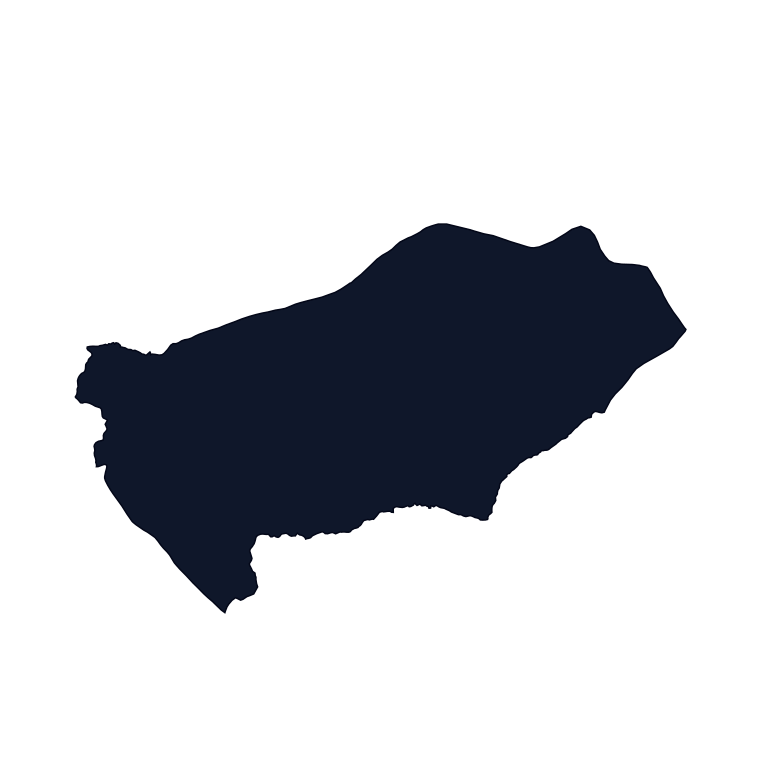 the district of Kampong Trabaek, Prey Vêng, Cambodia, rotated 63°
{"feature_id": "14789045B10100754303768", "entity_name": "Kampong Trabaek", "entity_type": "district", "adm_level": 2, "iso_a3": "KHM", "parent_name": "Cambodia", "parent_adm1": "Prey Vêng", "projection": "natural_earth1", "projection_center": [105.549, 11.105], "detail": "fine", "context": "isolated", "style": "filled", "palette": "ink", "viewbox_px": 768, "rotation_deg": 63, "n_neighbors": 0, "source": "geoboundaries", "source_scale": "gbopen_adm2", "svg_char_len": 6155}
<svg xmlns="http://www.w3.org/2000/svg" viewBox="0 0 768 768"><g transform="rotate(63 384 384)"><path d="M270.0,255.5L268.6,258.2L266.1,263.2L265.4,266.5L264.8,270.0L264.1,275.5L264.3,279.1L265.0,282.4L265.2,286.2L265.2,292.8L264.8,296.1L264.8,305.3L266.0,310.3L267.6,315.4L268.3,320.4L268.6,327.0L269.7,333.6L272.3,341.9L276.1,354.8L277.5,361.8L279.0,367.2L278.7,368.6L279.1,371.1L280.0,379.3L280.2,386.0L279.3,392.9L278.5,399.6L276.9,406.8L275.3,413.7L273.7,421.1L272.7,426.7L271.8,437.8L270.5,442.4L268.9,447.3L267.2,454.7L265.6,460.1L264.0,466.7L262.7,473.2L261.5,481.1L260.7,489.5L259.7,497.5L259.0,506.4L257.3,514.7L255.8,526.0L255.6,530.2L255.7,534.7L255.2,538.1L254.1,541.6L253.7,544.8L254.0,548.2L253.7,551.0L252.3,553.6L252.6,556.4L255.1,561.2L256.9,566.0L257.2,568.5L256.2,571.2L253.7,574.5L252.1,577.0L252.1,578.6L250.4,578.0L249.2,578.0L250.5,583.0L248.5,584.5L247.4,586.1L245.7,586.9L243.7,588.3L240.9,590.6L240.2,592.7L238.4,593.9L236.9,596.5L234.2,598.3L232.9,600.0L232.0,600.9L231.6,602.1L229.9,601.4L227.0,602.5L225.6,604.1L226.2,605.9L224.5,606.1L224.1,607.6L224.4,609.1L223.2,611.0L223.8,612.9L222.3,614.1L221.7,617.3L220.9,619.6L220.8,621.3L220.0,623.0L218.2,626.2L217.0,629.0L216.3,631.6L217.6,632.5L219.3,632.4L221.0,631.5L223.0,630.6L224.3,630.5L225.7,631.0L226.5,631.8L227.7,635.5L228.4,636.5L229.8,637.7L230.4,639.6L231.4,641.0L234.8,643.0L236.4,644.3L237.4,646.1L237.3,648.4L237.7,649.8L238.3,651.2L238.9,652.3L240.1,653.9L242.0,655.6L247.7,657.9L248.7,659.2L249.7,660.0L251.3,660.6L253.8,662.4L255.4,664.9L256.8,664.7L258.2,664.0L260.1,663.5L262.9,662.9L264.0,661.4L264.4,659.1L265.6,657.1L267.5,655.0L269.8,653.2L272.7,651.3L276.3,647.7L277.9,647.2L280.5,647.9L283.0,649.0L285.1,649.7L286.8,649.5L289.0,647.8L290.8,646.8L291.9,648.6L293.3,650.7L295.8,650.8L298.5,651.1L299.7,652.9L300.9,655.9L302.4,657.4L304.9,658.5L306.4,659.7L306.2,661.4L305.4,664.4L305.5,667.2L306.6,669.4L307.9,670.6L309.9,671.1L311.9,671.8L314.0,673.5L316.3,674.4L319.3,674.8L321.4,675.4L323.0,676.4L324.7,676.6L326.3,677.2L327.1,677.8L327.8,676.3L328.1,674.0L328.2,672.7L328.6,669.7L330.0,668.0L331.8,668.4L333.6,669.8L336.1,672.1L339.7,674.9L341.0,675.6L343.7,676.1L348.8,676.1L353.7,675.8L358.9,675.2L368.4,673.7L373.6,672.9L383.4,672.0L392.0,670.8L393.5,670.3L396.7,668.9L405.2,664.3L408.6,662.0L412.9,659.7L416.8,657.7L421.3,656.7L425.9,656.0L430.3,655.0L435.1,653.5L439.2,652.6L448.1,652.0L451.5,651.2L456.1,650.0L464.9,647.2L474.9,644.4L479.0,643.0L489.1,639.8L494.5,637.8L499.8,635.6L511.5,631.6L515.5,629.6L513.9,628.0L511.3,625.1L509.7,622.4L507.7,617.6L507.0,613.3L509.0,611.7L511.5,609.9L511.8,607.3L511.2,602.7L511.6,599.5L511.9,595.4L507.4,588.7L504.1,588.2L500.1,586.9L498.0,585.8L496.2,585.7L493.9,584.8L491.2,586.2L488.7,586.0L484.3,586.0L482.9,585.5L481.0,582.3L479.4,580.8L472.0,579.5L470.6,578.5L469.5,576.4L469.1,575.2L468.2,573.8L467.4,572.3L465.6,570.4L464.0,569.0L463.0,568.2L462.0,567.0L461.5,564.9L461.8,562.1L462.6,560.2L464.6,557.1L465.5,555.1L467.4,554.7L468.8,554.2L469.4,552.8L469.2,550.8L471.3,549.5L472.5,548.0L472.5,546.5L471.9,544.9L471.3,544.2L471.3,542.9L472.5,538.9L474.7,537.3L475.7,537.1L477.5,535.7L478.4,533.2L479.1,531.9L478.4,530.8L477.6,528.9L478.8,528.4L480.2,527.6L481.3,526.1L483.1,524.8L485.0,524.1L486.6,524.2L486.8,522.7L487.3,521.2L487.6,519.2L486.7,516.6L486.8,511.8L487.6,506.1L488.9,505.0L490.6,504.3L491.8,502.2L492.3,499.2L492.8,497.4L494.1,496.2L495.5,495.1L495.7,492.0L495.8,490.3L496.5,489.5L497.3,487.5L498.2,485.9L499.1,484.5L500.1,482.5L500.2,480.9L499.3,479.2L499.3,478.2L499.2,476.1L499.7,474.3L500.0,472.3L499.4,470.9L499.3,469.5L498.7,468.0L497.6,466.3L496.5,464.1L496.9,461.9L497.2,460.4L497.7,459.5L498.4,458.8L499.1,455.7L499.8,454.7L498.2,450.5L497.2,448.4L496.2,446.3L496.5,444.7L496.8,443.4L497.7,442.5L498.4,440.6L498.9,439.0L499.7,437.2L500.3,436.2L501.6,435.6L502.6,434.0L499.1,432.3L498.7,430.6L498.7,429.3L499.2,428.1L500.4,426.6L502.3,423.7L502.9,421.6L502.9,420.4L503.1,418.8L503.4,417.7L504.8,417.3L505.3,415.8L505.2,412.7L504.5,411.7L504.3,410.5L505.6,410.3L507.2,409.7L507.3,408.0L507.3,406.5L509.7,405.6L510.5,403.5L510.6,402.2L512.5,401.1L513.2,400.1L515.1,400.3L515.7,398.8L513.8,397.5L514.8,396.3L516.0,395.4L515.7,392.8L516.8,391.8L518.5,390.8L519.8,389.7L522.2,386.6L523.4,385.8L526.6,383.2L528.6,382.1L534.2,377.0L534.9,375.7L535.3,374.7L537.5,373.2L538.2,372.5L539.3,371.2L540.3,367.3L541.1,366.1L542.7,364.7L544.2,363.6L545.6,361.9L546.5,360.9L547.6,360.3L548.8,359.9L550.0,357.9L551.2,355.3L551.7,353.2L551.0,352.5L549.8,352.0L548.3,350.2L547.9,347.8L547.3,346.1L545.7,345.4L544.0,344.5L542.2,343.3L541.2,342.1L540.7,341.1L540.4,340.1L539.3,338.4L538.5,337.3L535.4,336.1L533.4,332.9L532.2,332.3L531.5,331.7L530.5,331.0L529.0,328.6L525.7,326.2L523.9,323.1L523.7,322.0L523.1,320.0L522.2,316.6L520.9,316.0L520.1,314.8L520.6,312.9L519.3,309.6L519.1,307.4L518.0,303.4L517.2,301.5L516.2,299.8L516.0,298.5L515.9,296.8L515.7,294.7L515.2,291.5L515.0,289.8L515.3,288.2L516.3,286.5L516.2,285.5L515.5,283.5L515.8,281.8L516.4,280.5L516.7,279.2L515.8,277.7L515.6,275.2L514.8,274.1L515.7,272.3L516.0,270.8L516.7,269.4L517.1,268.0L517.0,266.4L516.5,264.3L515.6,258.1L515.1,256.6L513.9,250.9L514.7,246.9L514.2,244.3L513.2,243.8L512.7,242.3L512.6,240.1L511.9,238.5L510.3,234.2L509.9,231.3L509.0,229.0L507.3,223.7L507.0,221.6L507.1,220.1L506.8,217.7L507.4,215.9L507.6,214.4L506.2,213.5L505.2,212.7L504.3,210.0L504.4,208.0L505.6,206.5L506.8,205.2L507.6,204.3L508.6,202.9L509.1,200.5L507.6,198.7L501.1,189.5L497.8,182.4L495.0,173.7L491.1,164.9L487.3,157.8L484.9,152.3L483.6,143.0L483.0,127.5L482.3,113.7L481.6,109.6L479.4,104.9L477.3,100.9L476.4,98.4L473.6,91.6L472.4,90.2L470.6,90.7L466.4,91.3L459.8,92.1L451.1,93.6L441.1,94.6L432.4,94.9L424.2,94.4L411.8,95.7L405.4,95.8L401.1,96.3L399.5,96.6L398.1,98.1L395.9,100.8L394.4,102.4L391.1,107.3L390.3,108.5L385.2,117.8L380.7,124.3L376.1,127.8L370.4,129.2L362.2,130.2L354.4,129.3L347.0,129.1L340.1,130.8L332.9,137.0L331.5,146.3L332.5,153.9L333.6,168.6L332.4,183.3L330.7,188.7L329.2,191.3L327.1,193.8L314.6,206.7L301.4,219.4L295.5,226.9L288.6,234.3L285.8,237.1L270.0,255.5Z" fill="#0f172a" stroke="#020617" stroke-width="1.5"/></g></svg>